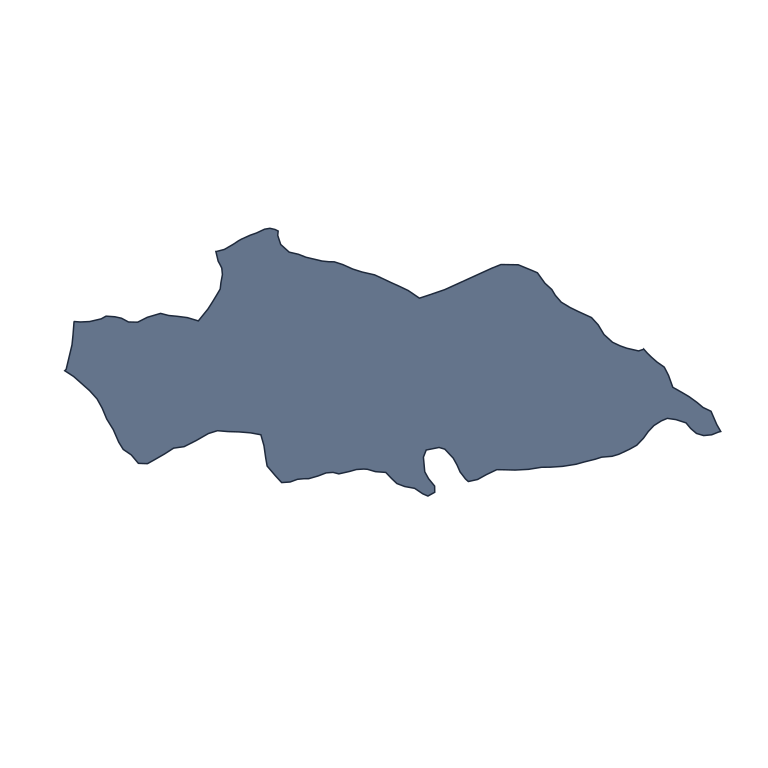 the district of Hajigabul District, Hajigabul, Azerbaijan, rotated 331°
{"feature_id": "54616110B48173541517146", "entity_name": "Hajigabul District", "entity_type": "district", "adm_level": 2, "iso_a3": "AZE", "parent_name": "Azerbaijan", "parent_adm1": "Hajigabul", "projection": "equal_earth", "projection_center": [48.908, 40.107], "detail": "fine", "context": "isolated", "style": "filled", "palette": "slate", "viewbox_px": 768, "rotation_deg": 331, "n_neighbors": 0, "source": "geoboundaries", "source_scale": "gbopen_adm2", "svg_char_len": 2451}
<svg xmlns="http://www.w3.org/2000/svg" viewBox="0 0 768 768"><g transform="rotate(331 384 384)"><path d="M365.6,198.9L363.6,196.0L359.7,192.5L354.6,190.7L345.7,190.1L339.3,189.0L329.8,188.2L326.0,188.2L320.1,188.7L309.6,188.9L301.8,186.9L301.2,186.6L298.5,196.2L298.5,199.9L298.3,204.0L295.7,210.0L290.5,216.3L286.8,221.5L281.4,224.7L273.7,229.1L266.3,233.1L261.8,234.9L252.2,238.8L244.2,230.6L235.9,224.5L228.9,219.7L222.8,213.9L209.3,210.9L198.5,210.5L190.6,205.9L186.3,199.2L181.2,194.7L173.8,189.9L168.2,189.9L156.9,186.7L148.4,182.5L143.4,179.2L143.0,179.4L135.8,190.3L130.1,198.5L113.1,217.1L111.2,217.6L116.2,227.0L123.3,247.1L125.8,257.9L125.8,268.5L124.5,280.2L125.1,292.7L123.8,306.3L124.2,314.8L128.6,323.5L130.7,334.3L134.3,336.5L138.5,339.0L144.8,339.0L145.7,339.0L158.1,338.8L168.9,338.1L178.8,341.9L192.1,342.4L206.4,342.2L215.7,344.1L224.5,350.0L233.8,355.5L243.7,362.1L251.7,368.7L249.1,379.8L244.7,391.3L242.0,399.1L244.5,411.5L246.7,420.6L254.4,424.2L262.1,425.4L268.0,428.0L272.2,430.3L281.8,432.5L290.3,433.7L296.6,436.6L300.9,440.7L311.5,443.8L318.4,445.4L325.1,448.6L328.2,450.6L334.0,456.5L342.7,462.2L344.8,470.3L347.0,477.3L352.4,483.7L360.2,490.1L364.7,498.9L368.1,503.3L375.3,503.3L375.9,503.3L378.8,497.8L377.1,488.4L377.1,480.5L383.0,467.1L388.9,462.2L401.4,466.2L405.6,470.5L408.6,482.4L408.6,490.3L407.9,498.0L408.4,500.9L409.2,506.5L410.4,510.0L410.5,510.2L419.6,512.9L429.7,512.9L441.1,513.6L448.1,517.6L456.9,522.8L469.0,528.7L481.4,533.2L489.0,537.3L500.2,542.6L513.1,547.3L521.1,549.2L532.3,552.2L538.9,553.5L548.4,557.8L555.3,559.3L567.0,560.1L575.4,560.1L584.7,557.2L592.1,553.7L599.9,551.2L608.7,550.7L615.1,551.4L622.1,556.7L629.3,564.4L630.7,571.7L633.3,578.7L638.6,584.1L646.0,587.3L653.2,588.2L655.5,588.8L655.4,580.7L656.8,566.4L651.6,559.1L648.9,552.0L644.8,543.2L640.6,536.0L635.0,526.9L637.0,514.5L637.2,509.4L637.3,505.1L633.4,497.1L631.0,490.4L629.3,484.8L628.1,479.4L628.0,479.5L622.7,478.5L613.7,470.4L609.1,465.2L604.1,458.3L600.4,447.4L600.0,436.1L597.7,426.5L589.0,414.7L583.7,407.1L578.7,398.4L576.8,389.4L576.6,382.7L573.6,373.9L572.1,361.1L568.4,356.3L559.2,344.8L544.2,336.2L534.7,335.0L482.8,330.9L464.9,327.7L456.6,326.1L450.5,314.0L444.8,306.0L439.2,298.5L433.6,290.7L428.7,284.0L419.1,275.4L412.4,268.3L405.8,259.5L399.7,253.0L395.0,250.3L389.4,246.4L377.2,235.3L372.1,229.1L365.0,222.7L361.3,211.9L363.1,202.5L365.6,198.9Z" fill="#64748b" stroke="#1e293b" stroke-width="1.5"/></g></svg>